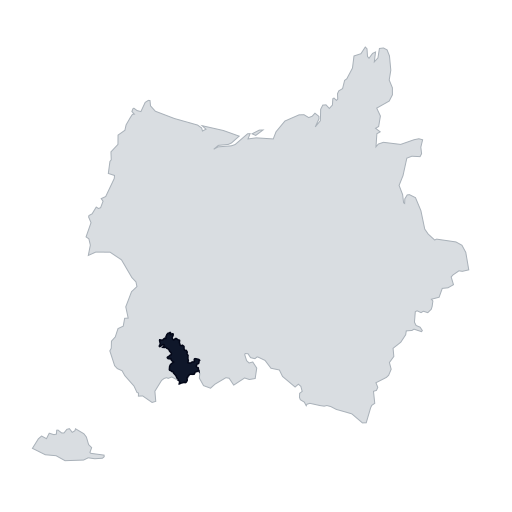 France, with Hautes-Alpes highlighted, rotated 93°
{"feature_id": "FRA-5304", "entity_name": "Hautes-Alpes", "entity_type": "Metropolitan department", "adm_level": 1, "iso_a3": "FRA", "parent_name": "France", "parent_adm1": "", "projection": "albers", "projection_center": [6.118, 44.657], "detail": "fine", "context": "in_parent", "style": "filled", "palette": "ink", "viewbox_px": 512, "rotation_deg": 93, "n_neighbors": 0, "source": "natural_earth", "source_scale": "10m", "svg_char_len": 7066}
<svg xmlns="http://www.w3.org/2000/svg" viewBox="0 0 512 512"><g transform="rotate(93 256 256)"><path d="M402.9,198.0L399.4,200.1L397.2,204.2L394.9,205.2L390.8,205.2L388.8,202.8L383.8,204.4L381.8,207.0L384.8,210.1L374.9,223.2L368.6,226.7L367.3,235.2L359.8,241.5L357.0,248.2L356.7,249.6L358.6,251.7L357.8,256.1L354.0,258.9L354.0,261.7L355.1,262.1L361.0,259.9L363.2,257.3L362.0,253.7L367.9,249.4L378.4,250.4L379.7,256.2L378.4,261.0L386.1,271.5L379.5,276.4L379.1,279.7L386.1,290.2L390.4,294.5L388.2,301.6L380.9,306.2L376.3,305.9L374.3,307.1L374.5,309.3L377.8,315.7L385.7,319.7L387.0,324.6L384.8,326.3L381.2,333.7L382.8,337.3L382.2,338.9L383.1,341.4L385.2,343.8L396.3,349.9L406.4,348.5L407.7,352.1L401.7,361.8L402.1,366.1L399.0,366.2L398.5,367.7L392.3,371.0L382.3,380.8L377.6,383.7L375.7,388.6L373.0,391.4L358.4,397.0L355.7,395.7L348.6,395.9L344.2,392.3L335.7,390.0L333.0,384.9L325.1,383.9L324.7,380.4L313.6,383.4L298.1,378.4L292.8,373.3L288.2,374.5L284.1,378.8L266.9,390.1L259.8,402.0L260.5,416.3L264.2,423.5L253.8,422.0L247.6,423.8L245.8,426.7L231.4,422.5L225.8,425.2L224.3,424.9L222.5,421.9L215.5,418.1L216.8,415.8L215.9,413.7L209.3,411.6L206.8,413.6L204.5,409.2L186.0,401.6L183.0,401.5L181.3,407.8L169.2,406.8L167.5,405.6L159.6,406.3L151.8,399.7L142.5,400.1L137.3,393.5L131.9,392.6L124.4,388.8L121.0,386.8L120.7,384.9L118.2,387.5L115.4,386.6L114.8,385.7L117.0,382.4L117.8,378.5L108.4,374.7L106.2,371.6L106.3,370.0L111.6,369.2L116.7,364.1L123.0,344.6L128.3,321.2L131.0,317.0L134.0,316.0L132.0,312.6L128.7,316.6L132.4,295.1L137.2,279.1L144.4,286.4L146.0,289.5L147.5,299.4L151.6,303.8L149.0,299.6L147.3,286.5L145.8,282.7L134.4,270.8L134.1,268.3L139.5,270.1L138.0,261.9L138.2,244.9L130.9,242.5L119.7,234.2L112.8,220.4L112.4,215.5L115.0,210.6L113.5,207.2L110.3,204.6L113.3,200.5L115.8,200.3L124.0,203.6L117.5,198.8L106.1,199.1L101.8,197.2L101.4,194.0L104.8,190.5L101.3,187.6L94.9,187.5L94.2,186.4L96.4,183.8L94.9,182.6L89.6,183.1L86.7,181.9L84.3,178.3L76.0,176.7L74.3,174.6L63.3,169.5L51.1,168.6L48.5,161.8L41.6,157.8L43.3,156.0L50.9,155.1L52.6,153.5L47.6,150.2L46.0,147.3L55.9,148.0L51.8,144.6L42.3,143.6L41.6,139.6L43.3,135.9L49.2,133.2L63.4,131.1L73.3,132.2L80.9,128.6L87.9,128.2L94.3,131.1L102.0,143.2L109.7,139.1L120.3,140.3L122.2,143.3L125.5,138.5L127.6,141.7L140.7,141.9L137.8,139.7L135.8,134.7L137.0,117.4L131.6,104.2L130.4,99.5L131.2,95.7L138.7,97.1L145.2,96.0L148.2,97.4L148.2,105.6L150.4,110.5L168.0,113.4L178.0,116.8L187.0,112.8L195.1,111.4L195.8,110.3L191.2,110.4L187.1,108.2L186.7,106.0L189.4,99.8L202.1,93.7L220.3,88.9L225.1,85.2L230.7,78.4L229.7,76.5L231.5,57.1L234.5,50.9L241.4,46.7L258.7,42.8L260.5,49.1L260.2,52.6L264.5,58.2L266.7,60.0L274.3,57.3L277.7,62.6L278.6,68.3L287.6,71.0L290.0,78.6L291.7,77.0L297.3,77.5L300.0,78.2L303.6,81.5L302.4,86.0L303.9,88.2L302.3,92.3L303.3,94.0L313.8,94.3L317.0,92.5L318.5,88.4L321.7,86.0L322.9,86.7L320.8,94.4L322.2,96.4L322.9,102.0L326.8,102.4L334.5,106.9L341.0,114.3L349.1,113.1L355.4,117.2L362.0,115.1L368.2,117.3L370.4,119.4L376.3,129.6L380.8,127.5L383.9,128.7L385.0,131.6L396.9,129.7L399.1,132.6L401.6,133.6L416.8,137.2L417.1,141.0L408.6,152.1L405.0,167.8L402.5,173.3L401.6,177.4L402.4,180.0L402.0,184.3L400.3,194.5L401.4,197.4L402.9,198.0ZM466.9,406.5L466.3,413.0L468.8,417.5L470.4,436.0L465.9,445.2L465.5,456.0L459.8,469.2L450.0,463.8L447.0,460.7L449.4,455.7L443.8,453.2L445.0,448.4L444.3,446.0L440.4,445.9L440.2,444.6L442.9,440.8L442.8,438.5L439.0,435.8L438.2,433.3L441.7,430.3L440.0,427.7L438.0,427.2L442.5,418.6L445.7,415.9L453.1,413.3L456.0,410.1L460.9,411.6L461.7,410.7L462.8,397.3L464.4,397.1L466.0,398.8L466.9,406.5ZM135.6,262.6L134.2,266.3L130.1,259.3L129.8,255.6L135.6,262.6Z" fill="#d9dde1" stroke="#a8b0b8" stroke-width="1"/><path d="M387.2,324.8L387.6,325.4L387.8,326.0L387.2,326.0L386.1,325.7L385.5,325.7L384.8,326.1L384.2,326.8L384.1,327.2L383.5,327.1L383.0,327.4L382.1,328.5L379.6,329.8L377.1,332.3L376.2,332.4L376.0,332.7L375.9,333.6L375.8,334.0L375.0,335.0L374.6,336.3L374.0,336.6L370.9,336.5L369.4,336.0L368.3,335.2L366.2,332.7L365.0,334.5L364.1,335.3L362.9,335.7L363.2,336.6L363.2,337.7L363.0,338.6L362.2,339.3L361.6,339.1L360.5,337.4L359.9,337.1L359.7,336.8L359.2,335.9L359.0,335.5L358.9,335.5L358.7,335.5L358.4,335.5L358.2,335.5L358.2,335.4L357.9,335.4L357.7,335.4L357.1,335.7L355.8,337.1L355.3,337.5L354.2,338.0L353.7,338.4L353.4,338.9L352.8,340.3L352.5,340.7L352.2,341.0L351.9,341.4L351.8,341.9L351.8,342.3L352.1,342.5L352.2,342.8L352.1,343.5L352.1,344.4L350.5,343.2L349.6,343.0L349.2,344.1L349.4,344.7L350.1,345.3L351.3,346.8L351.6,347.4L351.3,347.8L350.6,347.8L349.3,347.1L348.6,347.0L345.5,347.9L344.7,347.8L344.7,347.7L344.9,346.0L344.8,344.8L344.6,344.5L344.4,344.3L343.9,344.1L343.7,343.9L343.3,343.3L343.1,343.1L342.9,342.9L342.9,342.6L343.1,342.2L343.2,341.9L343.1,341.7L342.8,341.6L342.5,341.6L341.1,341.7L340.8,341.6L340.2,341.2L339.9,341.1L339.3,341.0L339.1,340.9L337.8,339.9L337.7,339.7L337.6,339.0L337.5,338.8L337.3,338.5L336.9,338.0L336.8,337.7L337.2,337.3L337.5,337.3L338.3,337.6L338.6,337.6L338.9,337.5L339.0,337.4L339.1,337.2L339.1,336.9L338.9,336.6L338.6,336.5L338.4,336.3L338.2,336.0L338.1,335.7L338.1,335.4L338.0,335.1L338.1,334.8L338.2,334.7L338.6,334.6L338.9,334.6L339.9,334.7L341.8,335.5L342.1,335.5L342.5,335.4L343.9,334.4L344.1,334.1L344.1,333.6L343.9,333.3L343.7,333.1L342.9,332.5L342.7,332.2L342.5,331.8L342.5,331.5L342.6,331.3L342.7,331.0L343.7,329.6L343.9,329.1L344.0,328.6L344.0,328.3L344.1,328.0L344.6,327.8L344.9,327.8L345.2,327.9L345.6,328.0L346.1,328.0L346.5,328.0L346.9,327.8L347.4,327.6L348.3,327.4L348.6,327.3L349.1,326.8L349.3,326.5L349.5,326.2L349.5,325.9L349.4,325.6L349.1,325.3L348.9,324.9L349.7,323.6L350.0,323.3L350.4,323.1L350.7,323.1L351.6,323.1L352.3,323.0L353.5,322.6L353.8,322.4L353.9,322.1L354.0,321.7L353.9,321.4L353.8,321.0L354.0,320.7L354.7,320.1L355.2,319.8L355.5,319.7L355.8,319.6L356.1,319.7L356.6,319.9L356.9,319.9L357.2,319.8L358.8,318.7L359.1,318.6L359.4,318.6L360.0,318.8L360.3,318.8L361.2,318.6L361.5,318.6L362.1,318.7L362.4,318.6L363.4,318.2L363.7,318.1L364.0,318.1L364.3,318.1L365.4,318.5L365.7,318.6L365.9,318.5L366.1,318.3L366.2,318.1L366.3,317.4L366.3,316.2L366.3,315.8L366.1,315.4L365.8,315.0L365.5,314.7L365.2,314.3L365.1,314.0L365.1,313.0L365.1,312.6L364.9,312.3L364.6,312.0L364.3,312.0L362.9,312.3L362.5,312.2L362.2,312.1L361.9,312.0L361.7,311.5L361.7,310.8L362.0,309.2L362.1,308.5L362.3,307.9L362.3,307.7L363.1,306.8L363.6,307.2L363.9,307.3L364.4,307.4L365.1,307.4L365.9,307.5L366.3,307.8L366.6,308.1L366.7,308.7L366.8,308.9L367.0,309.2L369.1,309.9L369.4,309.9L369.7,309.7L370.2,309.2L370.4,308.7L370.5,308.4L370.5,308.1L370.7,307.8L371.0,307.7L371.9,307.7L372.2,307.7L373.4,306.9L374.3,306.8L373.9,307.2L373.5,307.7L374.1,308.5L374.6,309.0L374.6,309.3L374.6,309.6L374.7,310.0L375.1,310.7L375.4,311.0L376.5,311.1L377.3,311.6L377.5,312.9L377.5,315.4L378.0,316.3L379.0,317.2L381.2,318.4L381.8,318.5L383.3,318.2L383.9,318.2L385.4,318.9L386.0,319.5L386.2,320.0L386.2,320.4L386.1,320.5L386.0,321.2L385.9,321.2L386.3,322.2L386.5,323.2L386.6,323.6L387.2,324.8Z" fill="#0f172a" stroke="#020617" stroke-width="1.5"/></g></svg>